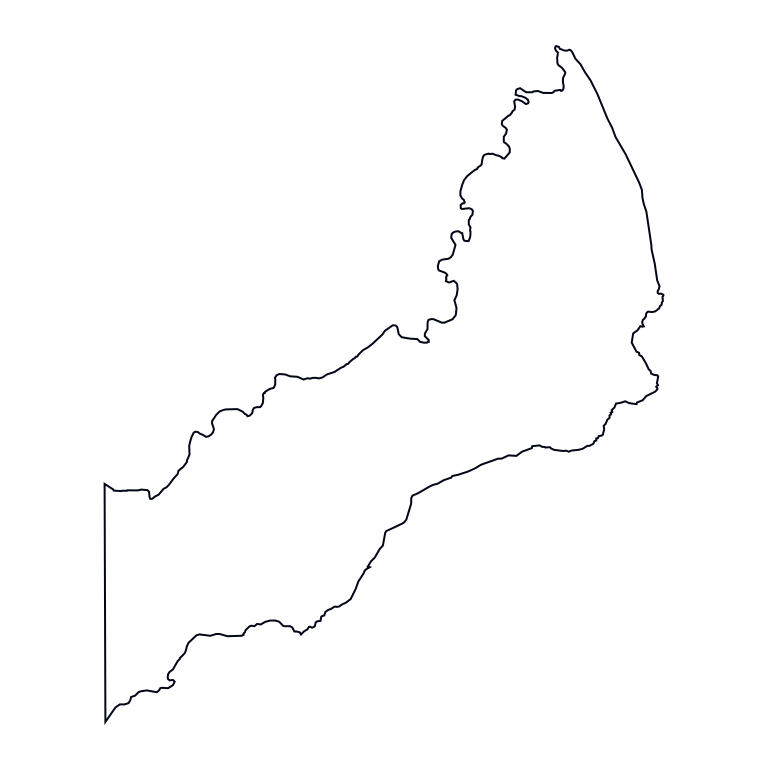 the district of Wampusirpi, Gracias a Dios, Honduras
{"feature_id": "27666195B3053537582037", "entity_name": "Wampusirpi", "entity_type": "district", "adm_level": 2, "iso_a3": "HND", "parent_name": "Honduras", "parent_adm1": "Gracias a Dios", "projection": "mercator", "projection_center": [-84.653, 15.069], "detail": "fine", "context": "isolated", "style": "outline", "palette": "ink", "viewbox_px": 768, "rotation_deg": 0, "n_neighbors": 0, "source": "geoboundaries", "source_scale": "gbopen_adm2", "svg_char_len": 6078}
<svg xmlns="http://www.w3.org/2000/svg" viewBox="0 0 768 768"><path d="M659.5,286.2L657.2,280.4L654.8,264.0L651.6,249.6L651.3,244.7L646.4,211.8L643.9,204.3L642.5,198.1L641.9,189.9L639.1,182.5L625.6,154.2L615.5,136.9L612.1,127.7L607.3,118.3L597.3,93.8L590.3,80.0L584.9,72.1L580.5,64.3L575.4,58.7L572.4,52.4L570.7,50.2L569.4,49.7L567.2,50.6L564.6,50.6L559.8,48.8L559.0,47.0L556.4,46.1L555.5,46.5L555.0,48.3L555.9,50.5L558.0,52.7L557.1,57.9L557.5,63.6L558.7,65.4L561.8,67.6L565.2,72.1L565.2,73.4L563.0,78.2L562.9,82.1L563.7,86.1L563.3,89.1L562.4,90.5L561.1,90.9L560.6,90.0L559.8,90.0L554.5,90.8L553.6,92.1L551.9,93.0L543.2,92.9L537.9,91.0L533.6,91.4L532.2,92.3L526.1,92.2L520.1,88.2L517.4,89.0L516.1,90.3L515.6,94.7L519.5,96.1L521.3,96.1L525.6,97.9L527.8,99.7L528.6,101.9L528.2,103.2L526.0,104.1L522.1,101.4L518.2,99.6L515.6,99.6L514.2,101.3L515.1,107.0L514.6,109.6L512.4,111.4L511.9,112.7L509.7,115.3L508.4,115.7L502.2,120.9L501.8,124.0L502.6,125.7L505.7,127.9L506.9,129.7L506.0,133.7L503.8,136.7L503.8,141.5L504.2,142.4L505.9,143.3L508.9,146.4L509.8,148.6L509.7,152.5L504.4,158.6L502.3,158.2L501.8,157.3L498.4,155.5L497.1,155.5L492.3,153.7L489.6,154.1L488.8,153.6L485.3,154.5L484.0,155.3L483.1,156.6L482.2,160.1L481.7,164.1L480.8,165.4L477.7,167.5L477.3,168.8L474.6,170.1L467.1,176.2L464.1,180.1L462.3,184.5L460.4,191.4L460.4,195.4L462.1,198.5L463.8,199.8L464.7,202.5L463.8,203.3L462.5,203.3L460.7,205.0L460.7,208.1L462.0,209.0L469.0,208.2L471.6,209.1L472.9,210.9L472.4,214.8L470.6,216.6L469.7,219.2L468.8,220.0L468.8,224.4L470.5,227.5L470.0,230.6L470.5,231.5L470.4,235.4L470.0,237.6L468.6,241.1L465.6,241.0L464.3,240.6L463.4,239.3L462.2,233.1L461.3,233.1L458.7,231.3L457.4,231.3L454.8,231.7L452.6,233.0L451.7,233.9L451.2,237.8L455.5,244.9L452.8,254.5L451.0,257.1L448.4,258.8L442.2,259.6L439.2,261.3L437.8,266.1L438.2,269.2L439.1,270.5L444.3,272.4L446.4,273.7L447.3,275.5L446.4,276.3L446.0,278.1L446.4,279.0L445.9,281.1L449.0,282.5L453.8,280.8L456.8,283.5L457.2,284.8L457.6,289.2L456.7,295.3L454.4,300.1L456.5,308.0L456.0,313.7L455.6,315.4L452.5,319.3L444.2,322.7L442.0,322.7L433.3,319.1L431.1,319.1L428.5,319.9L427.6,322.1L427.5,329.1L424.9,333.5L424.8,336.1L428.7,340.1L428.7,341.9L427.8,341.8L426.9,342.7L423.9,342.7L420.0,341.8L417.4,339.1L409.6,338.6L401.7,337.2L398.7,334.1L397.5,327.9L396.6,326.2L394.9,325.3L392.7,325.3L384.8,330.9L382.6,334.3L372.9,343.4L368.0,347.3L362.8,350.3L358.4,354.7L357.5,356.4L355.7,356.8L354.8,358.1L353.1,359.0L349.1,362.5L348.2,363.8L346.5,364.2L343.4,366.8L341.2,367.6L334.6,371.9L326.8,374.5L322.4,377.5L318.9,378.4L316.3,377.9L312.8,377.9L309.7,378.7L307.6,378.2L303.6,379.5L297.5,376.8L290.1,376.3L285.4,374.5L279.3,374.0L276.6,375.3L274.9,377.9L275.3,379.2L275.2,384.5L274.3,386.7L273.5,388.0L270.0,388.8L265.1,391.8L264.7,393.1L263.8,393.1L262.9,394.9L263.3,398.4L262.8,403.2L261.1,406.2L260.2,407.1L257.1,407.1L254.1,407.9L252.7,410.1L252.3,413.1L249.6,415.7L247.5,416.2L246.6,414.8L244.9,413.9L242.7,411.7L237.5,409.1L225.7,409.4L222.7,410.2L219.6,411.5L216.1,415.0L212.1,421.1L212.1,423.7L213.8,428.5L213.8,429.8L212.9,432.5L211.1,434.6L208.5,436.4L205.8,436.8L203.2,435.0L199.8,433.6L197.6,431.9L195.0,431.8L193.7,432.7L191.5,437.1L190.1,441.9L189.2,445.8L189.5,454.6L186.9,460.7L186.9,462.0L183.3,466.8L178.5,470.7L177.6,474.2L173.6,478.5L168.8,485.0L166.6,487.2L163.5,488.9L158.7,494.6L154.7,496.7L152.1,498.9L150.3,498.9L149.5,496.7L149.1,491.8L147.4,490.1L141.3,489.6L137.8,490.4L127.3,490.3L126.9,490.8L122.1,490.7L121.2,491.1L113.8,490.6L113.0,489.3L104.6,483.9L105.4,721.9L115.4,707.5L119.8,704.4L124.6,704.4L128.5,703.1L130.2,700.5L131.1,697.0L135.0,695.7L138.5,692.2L140.7,691.3L146.8,690.4L156.8,692.2L159.0,690.4L160.3,688.2L161.6,687.8L168.1,688.2L172.9,685.2L174.7,681.7L172.9,679.9L169.9,680.4L168.1,679.1L167.7,677.3L168.1,674.2L169.4,672.1L172.9,669.4L177.7,661.1L179.9,658.9L179.9,658.1L184.7,653.3L186.0,650.2L186.9,646.2L188.6,642.7L196.5,635.3L199.5,634.4L210.4,635.8L216.1,634.0L219.6,634.0L227.4,636.2L241.3,635.8L243.5,634.9L243.5,633.6L244.8,632.3L245.7,630.1L249.2,626.6L251.3,625.7L254.4,626.2L257.0,624.0L260.9,624.4L265.3,621.8L270.5,620.5L275.3,620.5L279.2,621.8L283.1,625.8L284.4,626.2L290.1,626.2L292.3,627.5L294.4,631.5L296.6,631.5L299.7,632.3L301.0,634.5L304.0,631.4L307.4,629.4L308.9,626.9L310.1,626.7L312.1,627.7L313.7,627.1L314.9,626.0L315.7,622.4L317.1,621.4L320.6,620.8L321.1,617.1L321.7,616.3L324.3,615.4L325.3,612.1L327.7,610.2L331.1,608.8L334.6,606.6L337.4,606.9L339.5,606.3L341.9,604.5L345.8,602.8L350.7,599.0L355.6,589.1L358.3,581.6L363.9,572.9L364.6,570.8L365.8,569.5L369.7,567.2L367.8,566.6L370.8,561.6L374.8,557.5L379.7,549.0L382.9,545.5L385.2,532.9L386.2,531.1L402.0,523.7L404.0,522.5L406.3,519.7L411.2,503.5L411.2,498.3L412.5,495.6L418.1,493.2L429.8,486.4L433.5,484.7L437.3,483.9L443.7,480.2L451.2,477.6L452.3,476.0L458.0,474.8L467.6,471.7L474.6,468.6L481.1,464.7L498.0,458.7L501.7,458.6L508.5,455.4L516.4,455.9L522.0,451.7L531.9,448.1L532.2,446.2L539.6,445.4L542.1,446.8L544.9,447.0L545.2,447.5L549.9,447.2L551.2,448.5L554.3,449.9L563.0,451.0L566.2,450.7L568.9,451.7L571.2,450.6L578.6,449.8L582.4,448.9L587.3,445.9L589.4,445.9L592.6,444.2L593.5,443.5L594.4,441.2L596.3,440.5L596.2,438.5L597.9,438.2L598.7,436.1L601.5,435.6L602.8,434.8L604.2,429.1L603.7,425.8L605.6,423.9L607.3,419.8L609.6,417.7L609.5,415.5L611.2,414.2L610.6,412.7L612.3,412.0L611.7,410.1L614.4,407.6L616.0,403.6L620.7,402.8L625.1,401.3L629.2,403.1L636.5,404.2L637.0,402.5L642.6,400.3L646.4,396.0L655.1,391.7L657.3,389.4L657.3,388.0L656.2,386.8L658.0,385.1L656.9,383.3L658.2,376.4L657.4,375.3L654.3,375.0L651.1,373.5L650.6,371.0L648.7,369.3L646.1,363.6L641.9,356.5L639.3,355.0L639.1,352.8L636.5,351.7L631.7,342.6L633.2,333.4L637.5,330.3L640.4,326.2L642.3,326.7L643.8,326.4L642.4,323.7L642.2,322.2L642.9,319.9L644.4,318.6L645.9,316.4L646.1,313.9L646.9,312.5L648.1,311.6L652.0,312.1L655.2,311.4L659.1,308.4L660.0,306.1L661.6,304.8L661.9,302.4L662.9,301.0L662.5,296.8L663.4,295.6L663.3,294.7L660.9,293.6L658.8,293.8L657.7,293.0L657.7,291.0L658.7,289.4L659.5,286.2Z" fill="none" stroke="#020617" stroke-width="2"/></svg>